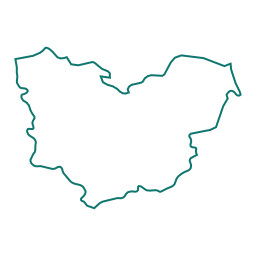 Eure, Equal Earth projection
{"feature_id": "FRA-5290", "entity_name": "Eure", "entity_type": "Metropolitan department", "adm_level": 1, "iso_a3": "FRA", "parent_name": "France", "parent_adm1": "", "projection": "equal_earth", "projection_center": [0.916, 49.079], "detail": "fine", "context": "isolated", "style": "outline", "palette": "teal", "viewbox_px": 256, "rotation_deg": 0, "n_neighbors": 0, "source": "natural_earth", "source_scale": "10m", "svg_char_len": 2844}
<svg xmlns="http://www.w3.org/2000/svg" viewBox="0 0 256 256"><path d="M15.4,59.1L33.1,55.8L40.0,52.8L42.9,50.6L45.5,47.8L46.8,47.8L47.7,48.1L49.6,49.2L52.5,51.7L57.5,57.3L60.4,58.4L64.0,58.1L66.7,57.2L71.2,64.3L78.2,65.3L92.5,62.0L94.6,62.8L101.9,68.8L107.9,71.3L109.8,73.3L109.9,77.7L100.8,76.4L102.9,82.2L107.5,84.8L112.8,86.3L117.2,88.9L119.9,91.6L122.6,93.2L125.4,93.6L128.8,92.5L127.7,89.3L129.0,86.7L131.5,84.9L141.3,82.6L142.8,81.6L144.9,78.2L147.9,76.1L151.4,75.2L162.4,75.8L164.3,74.5L170.9,62.3L174.9,57.7L181.3,55.4L203.5,58.1L224.4,66.1L230.6,63.7L231.1,69.3L235.5,83.0L239.6,91.4L240.6,94.5L240.5,94.8L240.2,95.0L239.4,95.5L238.3,95.6L237.2,95.3L236.7,94.9L236.4,94.7L234.6,92.5L233.3,91.4L231.9,90.8L230.2,91.0L228.8,91.8L226.8,94.3L226.6,94.8L226.9,96.1L227.7,98.5L223.2,106.2L216.0,127.2L210.2,129.9L190.9,133.7L189.5,134.9L189.3,136.3L190.8,139.0L191.1,140.3L191.2,141.4L191.1,142.1L190.7,143.7L190.4,144.7L190.6,145.9L191.3,146.8L192.5,147.3L194.0,147.4L195.3,147.7L196.2,148.3L196.1,149.9L195.9,151.3L196.1,152.5L196.9,154.9L190.8,158.1L190.1,159.2L189.7,160.7L191.0,164.8L191.0,166.3L190.6,168.3L189.5,169.6L188.2,170.5L184.6,172.0L182.1,173.4L178.7,176.0L177.1,177.9L176.1,179.8L175.5,181.7L174.4,184.4L172.9,185.8L171.3,186.8L167.7,188.2L161.3,191.4L160.6,191.7L159.9,191.8L159.7,191.7L158.2,190.9L156.9,190.4L155.4,190.2L150.0,190.6L148.4,190.5L146.8,190.3L145.5,189.7L141.3,186.6L139.5,186.1L138.6,186.2L138.1,187.0L138.1,189.5L137.7,190.6L136.8,191.3L135.8,191.6L135.4,191.7L135.1,191.7L132.0,191.4L130.1,191.6L128.0,192.2L126.7,193.2L125.7,194.5L124.9,195.9L123.5,197.4L122.0,198.0L120.4,198.3L118.8,198.1L117.2,198.1L102.8,201.6L100.8,202.5L99.1,203.7L94.2,208.2L90.2,206.7L88.7,206.3L87.0,205.6L84.8,202.7L83.8,201.6L82.1,201.0L81.1,200.2L81.0,198.8L82.0,197.6L83.2,196.5L84.4,195.2L85.0,194.0L85.4,193.0L85.6,191.8L85.6,191.6L85.6,191.4L85.0,190.1L83.7,187.8L82.9,186.7L81.8,185.9L80.1,185.0L74.5,183.7L72.3,182.7L70.4,181.3L63.4,173.0L62.8,171.5L62.4,170.1L62.1,168.9L61.3,167.6L60.1,166.8L57.9,167.0L55.2,168.5L53.8,168.9L52.3,168.9L40.6,166.1L37.1,166.3L35.6,166.2L34.2,165.8L32.0,164.0L31.2,163.1L30.6,161.4L30.4,160.0L33.0,154.5L33.6,153.6L34.7,152.2L35.1,151.1L35.3,149.8L35.3,147.0L35.5,144.5L35.8,143.0L35.8,142.5L35.7,141.4L35.1,140.0L33.8,138.3L29.6,135.6L28.5,134.6L27.8,133.4L27.2,131.9L27.1,130.5L27.8,129.1L28.9,128.8L31.6,129.1L32.7,129.0L33.4,128.4L33.5,127.6L33.3,126.2L32.6,124.3L32.4,122.6L33.0,120.7L33.9,119.3L34.6,117.9L34.3,116.6L31.9,113.0L30.5,110.3L28.9,105.4L26.9,103.0L25.2,101.7L23.7,100.9L22.7,99.9L21.9,98.5L21.4,97.1L21.5,95.6L21.7,95.0L22.1,94.6L24.3,94.0L25.7,93.3L27.0,92.4L27.7,91.2L27.4,90.0L26.0,88.8L24.5,88.4L21.3,88.1L20.0,87.5L18.9,86.2L16.9,82.6L16.9,80.7L17.3,77.6L17.3,75.7L16.8,72.8L16.8,67.2L15.5,59.7L15.4,59.1Z" fill="none" stroke="#0f766e" stroke-width="2"/></svg>